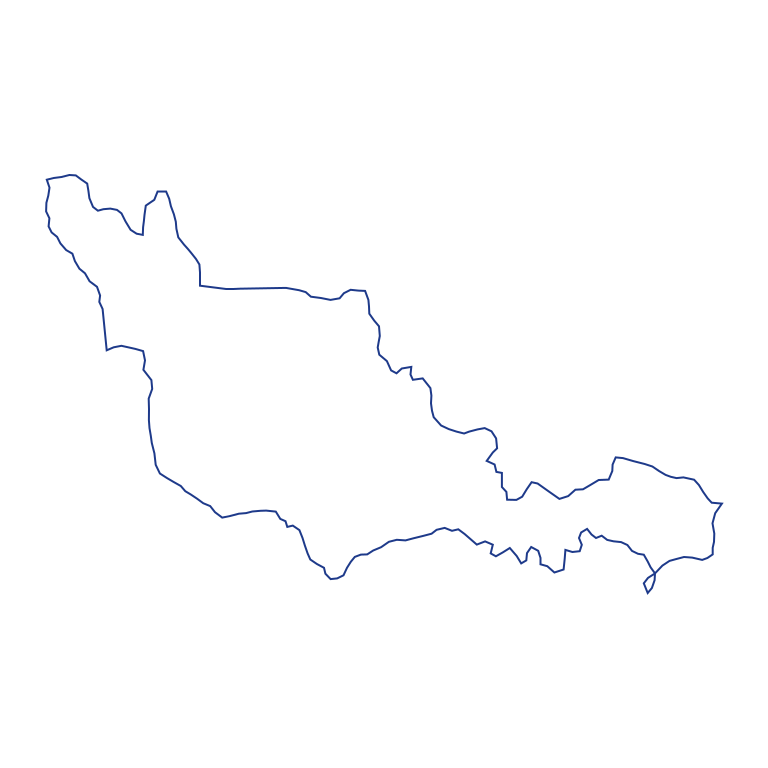 the district of Fundão, Espírito Santo, Brazil
{"feature_id": "56859067B75686220387201", "entity_name": "Fundão", "entity_type": "district", "adm_level": 2, "iso_a3": "BRA", "parent_name": "Brazil", "parent_adm1": "Espírito Santo", "projection": "albers", "projection_center": [-40.334, -19.953], "detail": "fine", "context": "isolated", "style": "outline", "palette": "blue", "viewbox_px": 768, "rotation_deg": 0, "n_neighbors": 0, "source": "geoboundaries", "source_scale": "gbopen_adm2", "svg_char_len": 3400}
<svg xmlns="http://www.w3.org/2000/svg" viewBox="0 0 768 768"><path d="M350.6,289.8L343.9,293.2L339.6,298.3L330.5,299.9L320.9,298.0L310.9,296.7L305.7,292.1L299.1,290.2L286.0,287.9L240.0,288.7L233.4,289.0L226.1,289.0L200.0,285.7L200.0,278.7L200.0,272.5L199.4,264.5L196.0,259.0L191.9,253.8L188.2,249.3L184.0,244.6L178.3,237.4L176.4,228.8L175.8,221.7L173.9,214.3L170.9,206.2L169.2,198.8L166.1,191.5L157.6,191.5L154.3,199.8L145.8,205.6L144.5,214.9L143.9,221.0L143.1,227.2L142.8,234.9L136.6,233.7L130.6,229.8L125.5,221.4L121.5,213.4L117.0,209.9L110.3,208.6L103.4,209.2L97.9,210.7L93.0,206.9L89.4,198.2L88.4,190.8L87.2,183.6L81.0,179.3L75.8,175.4L69.4,175.0L61.5,177.0L53.7,178.0L46.8,179.7L49.5,187.7L48.3,195.6L46.4,202.8L46.1,211.4L49.4,218.3L48.6,226.4L51.6,232.4L57.1,236.9L60.4,243.4L66.2,250.1L72.4,253.7L74.9,261.1L79.4,268.7L85.0,273.3L89.6,281.3L97.0,286.8L100.1,295.5L99.3,301.9L102.6,309.0L106.7,350.3L113.7,347.3L121.4,345.8L128.6,347.4L135.3,348.9L143.1,351.1L145.0,360.4L143.4,369.8L151.4,380.1L152.2,388.9L148.7,398.6L149.0,409.1L148.9,420.2L149.5,428.1L150.8,435.8L151.8,443.0L154.4,453.3L155.7,464.8L159.9,473.5L166.9,478.0L173.5,481.9L180.8,486.0L185.3,491.2L190.8,494.5L197.1,498.7L203.2,503.2L210.2,506.1L215.0,512.2L222.2,517.6L230.1,516.0L238.9,513.7L246.1,513.1L252.3,511.5L260.4,510.8L266.2,510.6L275.8,511.6L280.3,518.9L285.5,521.2L287.3,526.9L292.8,525.6L299.4,530.1L302.5,537.9L304.9,545.6L307.6,553.4L310.3,559.5L316.9,564.0L324.0,567.8L325.4,573.7L330.6,579.1L337.2,578.4L343.5,575.3L347.0,567.8L350.8,561.8L354.8,556.9L360.9,554.6L367.2,554.4L373.2,550.5L381.1,547.2L388.9,541.8L396.8,539.8L405.5,540.4L413.4,538.3L423.2,535.9L431.6,533.7L436.6,529.8L444.7,527.9L452.0,530.8L458.3,529.3L464.6,534.0L470.6,539.2L476.8,544.6L485.1,541.4L492.8,544.7L490.7,553.4L495.9,556.3L502.8,552.4L509.8,548.0L516.7,556.0L521.2,563.4L526.3,560.4L527.0,553.1L531.2,547.0L538.2,550.8L540.5,557.9L540.5,564.3L547.3,566.2L554.4,572.5L563.6,569.5L564.7,558.8L565.4,549.9L572.4,552.0L579.7,551.2L581.8,544.8L579.0,538.0L581.1,532.5L587.1,528.9L591.5,534.5L596.0,538.0L601.7,535.7L607.2,539.9L613.5,541.3L621.1,542.1L627.4,545.0L632.0,550.9L638.0,553.8L643.8,554.7L647.7,561.5L650.6,567.3L655.0,573.4L662.4,565.6L669.5,560.9L676.4,559.0L684.0,557.0L692.2,557.6L702.2,559.9L707.4,558.0L712.7,554.4L712.7,547.8L714.0,541.9L714.3,533.6L712.5,523.3L715.2,513.2L721.9,503.6L711.7,502.7L707.7,498.4L703.2,492.0L698.9,485.0L694.1,479.7L683.4,477.4L676.5,478.1L670.8,476.8L665.6,474.9L659.0,471.0L652.4,466.5L644.7,464.0L633.3,461.1L623.0,458.1L615.7,457.4L612.6,464.6L612.3,471.0L608.7,479.6L598.7,480.0L590.0,485.2L583.0,489.3L575.4,489.7L568.2,496.1L559.4,498.9L549.4,491.9L537.6,483.5L531.6,482.2L526.7,489.3L522.2,496.7L516.4,499.9L507.1,499.7L506.4,491.9L501.9,487.0L501.9,479.3L501.9,472.9L496.4,471.9L494.6,464.5L486.7,460.9L492.8,452.5L497.1,448.3L496.1,438.4L491.5,431.3L484.7,428.1L477.6,429.4L469.2,431.6L464.1,433.5L456.5,431.6L448.8,429.1L441.1,425.5L433.7,417.2L432.0,410.7L431.0,403.3L431.4,395.6L430.4,388.1L422.7,378.4L412.9,379.8L410.5,374.5L411.3,366.9L401.8,368.5L396.5,373.3L391.1,370.4L386.9,361.1L379.3,354.7L377.7,347.5L378.7,341.8L379.8,336.0L379.0,326.3L374.2,320.6L369.3,313.7L369.0,306.4L368.4,299.9L365.1,290.9L358.4,290.6L350.6,289.8ZM655.0,573.4L648.0,577.9L643.8,583.3L647.7,593.0L651.9,588.0L654.6,580.2L655.0,573.4Z" fill="none" stroke="#1e3a8a" stroke-width="2"/></svg>